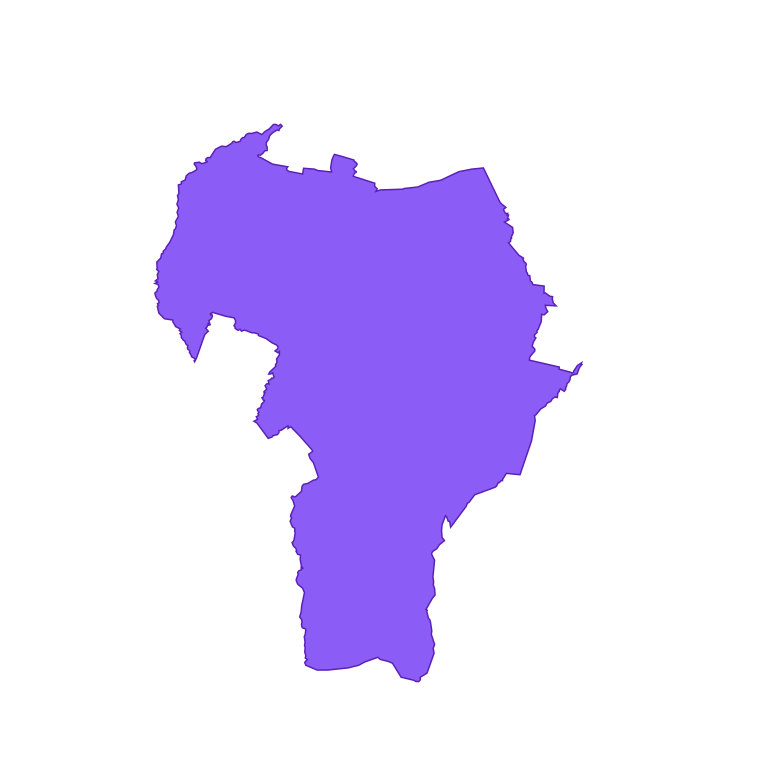 outline of Yecapixtla, Morelos, Mexico, rotated 155°
{"feature_id": "50627088B43090651805333", "entity_name": "Yecapixtla", "entity_type": "district", "adm_level": 2, "iso_a3": "MEX", "parent_name": "Mexico", "parent_adm1": "Morelos", "projection": "orthographic", "projection_center": [-98.86, 18.859], "detail": "fine", "context": "isolated", "style": "filled", "palette": "violet", "viewbox_px": 768, "rotation_deg": 155, "n_neighbors": 0, "source": "geoboundaries", "source_scale": "gbopen_adm2", "svg_char_len": 6170}
<svg xmlns="http://www.w3.org/2000/svg" viewBox="0 0 768 768"><g transform="rotate(155 384 384)"><path d="M492.4,111.0L482.3,103.0L480.8,100.9L478.3,99.6L476.0,100.6L475.1,102.9L467.2,103.8L452.4,118.8L451.1,123.7L448.2,126.6L446.9,137.2L445.1,139.9L442.5,148.5L442.1,150.9L442.7,153.0L441.3,160.0L440.4,160.7L441.4,161.8L431.1,169.1L426.9,171.2L424.6,177.2L424.3,180.8L422.5,184.1L421.3,188.3L412.6,203.0L412.8,209.1L412.2,210.6L410.5,211.7L405.8,212.4L401.8,214.9L395.4,216.5L396.2,220.5L393.7,227.1L390.8,231.9L384.0,238.6L383.4,236.9L383.8,232.6L382.8,232.0L382.8,230.7L384.1,226.1L361.2,238.4L358.9,240.7L356.9,240.8L348.6,245.3L326.9,243.5L325.2,243.9L322.0,246.4L321.2,245.9L318.4,246.9L317.4,246.4L316.7,247.5L310.9,251.3L299.1,244.3L274.6,269.8L262.5,286.8L260.9,291.8L259.0,292.0L252.7,295.1L246.9,295.8L244.3,297.7L240.1,297.8L237.7,299.4L234.7,300.0L232.6,298.5L230.5,302.0L229.2,303.1L228.4,303.1L227.2,304.7L226.2,305.0L223.7,301.2L221.5,302.4L221.0,304.1L219.8,304.5L217.9,307.1L215.8,307.6L213.6,309.3L212.2,311.6L210.2,312.6L204.8,311.5L199.9,316.3L196.3,318.1L197.1,319.1L196.7,319.2L196.1,319.7L200.9,319.0L206.7,315.5L207.7,314.3L208.8,314.3L209.9,315.8L219.1,323.5L218.0,325.3L242.2,344.2L240.3,347.0L233.4,350.2L232.6,351.7L233.7,355.8L231.0,358.8L226.9,361.6L227.7,362.7L226.9,364.9L223.4,366.1L223.1,367.5L221.1,368.5L215.1,374.1L211.7,380.5L209.7,379.0L205.0,380.4L205.2,383.9L204.6,387.2L195.0,382.1L196.3,385.9L195.6,389.8L194.3,391.9L196.6,393.5L199.4,398.5L200.6,398.7L197.5,405.1L207.1,411.2L206.8,413.4L207.7,415.6L206.1,420.7L207.3,421.2L207.7,422.1L207.2,423.7L207.5,425.6L205.8,431.1L204.6,431.9L204.3,433.3L205.3,435.6L205.4,438.2L204.4,439.1L207.3,443.6L211.5,459.3L209.0,459.8L208.2,461.4L206.6,462.4L206.9,463.1L203.0,466.4L201.3,471.6L206.4,479.8L201.3,480.1L201.1,480.8L202.4,481.6L199.7,484.5L201.1,485.3L199.8,486.3L201.7,487.2L202.1,489.7L201.8,491.8L198.9,492.5L201.4,497.5L202.1,500.5L202.6,537.8L213.8,541.7L226.5,544.8L246.6,544.7L257.8,547.8L270.1,548.3L283.2,552.7L284.6,552.6L305.2,561.4L310.0,562.0L307.7,563.8L308.9,567.1L307.5,569.9L324.1,585.2L323.0,586.5L321.1,587.6L319.8,587.6L319.4,588.4L320.4,589.5L320.8,592.0L316.7,593.5L315.4,594.7L315.8,596.8L316.9,598.3L316.6,599.7L325.9,608.0L331.8,613.0L333.0,612.3L336.6,609.0L341.0,602.5L341.9,598.3L353.9,605.5L356.3,608.2L365.7,613.5L369.0,608.7L380.5,617.0L381.6,619.1L381.2,620.5L379.4,621.5L392.1,630.4L399.8,641.0L401.7,642.8L401.9,644.4L400.9,644.7L399.5,643.6L396.5,644.2L393.5,645.7L391.2,645.0L389.6,648.5L389.9,649.8L388.6,652.6L385.2,654.5L382.7,657.4L378.6,658.8L373.2,659.4L372.2,658.1L370.7,659.5L367.3,660.7L368.0,663.0L370.7,662.6L372.3,665.0L374.6,665.9L380.2,663.7L385.2,663.1L389.3,661.7L392.8,666.1L398.1,667.0L400.5,668.3L403.3,668.4L406.4,666.5L408.0,667.0L410.2,666.3L411.9,664.7L416.0,665.4L417.2,667.3L418.6,667.5L420.4,666.5L426.8,665.8L430.6,668.2L437.5,668.0L446.0,662.6L447.8,663.7L449.9,663.5L451.2,661.9L450.3,660.4L450.8,660.0L455.5,660.6L456.9,661.5L457.4,663.0L462.3,664.5L463.0,663.5L462.4,660.6L462.6,658.5L463.5,657.3L468.7,656.8L471.4,657.4L475.3,656.2L478.0,652.9L482.3,652.9L482.8,651.4L483.7,650.9L486.2,651.4L489.4,643.2L491.5,642.1L492.5,637.9L495.7,634.5L495.7,630.3L499.0,627.0L499.5,622.8L504.1,619.5L504.8,618.4L505.1,615.3L507.4,612.8L509.1,612.3L511.5,608.6L518.1,603.1L523.4,600.1L524.8,598.7L527.9,597.7L529.0,595.8L530.7,595.9L533.1,592.5L538.4,590.5L540.6,584.9L541.7,583.8L540.5,581.2L543.3,578.9L544.4,574.9L547.6,574.1L546.2,573.0L546.0,572.0L549.1,572.0L546.6,569.5L547.2,566.8L549.4,565.6L551.0,563.7L552.7,563.6L553.4,562.8L553.9,559.8L553.8,557.2L553.0,555.6L553.2,553.6L553.5,552.7L555.3,552.6L555.4,550.5L556.6,550.2L558.1,543.4L555.4,535.9L548.5,531.3L549.0,529.5L548.6,524.1L545.3,519.9L546.9,519.0L545.4,516.5L547.5,516.0L547.2,513.7L548.0,511.9L547.3,508.3L546.5,507.5L546.5,503.3L545.4,501.6L546.8,500.2L547.1,498.1L546.2,497.2L546.2,495.8L547.0,494.9L546.5,491.0L547.0,490.2L544.4,486.5L544.5,485.8L546.2,485.5L546.2,484.2L542.8,486.9L527.0,503.1L525.0,504.8L520.9,506.1L522.1,509.9L520.4,510.4L519.3,511.7L517.3,511.3L518.0,513.0L517.0,513.1L516.4,512.2L516.0,515.4L512.8,516.1L510.9,517.8L510.6,519.7L511.9,519.9L511.8,521.0L509.1,521.4L499.1,512.5L491.9,507.3L491.7,504.6L492.7,502.1L495.3,500.2L494.9,498.4L495.4,497.6L494.8,496.1L493.5,494.3L491.4,494.5L490.8,492.1L487.6,491.8L481.8,486.0L479.7,485.1L476.9,482.5L477.3,481.0L471.8,475.2L467.9,468.4L464.9,464.8L464.2,462.1L465.6,460.9L468.8,460.0L466.8,457.0L465.1,457.6L466.5,454.6L470.8,452.1L471.8,448.9L474.3,447.2L474.7,445.7L482.6,443.1L484.3,441.7L482.0,440.9L480.2,441.2L480.8,436.5L482.6,436.2L483.3,436.8L485.3,435.9L487.5,436.1L488.2,432.6L489.8,433.8L492.5,432.7L492.4,429.0L496.1,427.7L496.3,427.1L495.6,427.2L495.4,426.6L499.5,423.0L500.4,423.1L500.1,420.2L499.3,419.6L500.4,418.6L503.3,417.7L505.8,414.6L508.4,414.9L509.8,414.2L509.4,411.2L510.7,410.6L511.0,408.4L513.6,408.3L513.5,405.4L517.6,405.2L515.6,402.1L511.9,383.6L507.7,383.3L506.7,384.1L501.9,383.2L499.8,384.3L498.8,386.1L496.9,385.5L489.3,386.6L488.7,386.6L489.7,384.3L487.9,384.7L486.4,384.3L482.0,371.6L477.1,354.7L477.1,353.1L481.9,352.2L482.2,350.7L482.4,347.3L481.2,342.6L482.8,327.2L486.2,326.0L488.6,326.7L495.0,326.1L499.3,327.1L501.5,325.9L504.1,321.7L511.6,319.3L512.9,319.5L514.0,321.0L515.0,321.2L516.1,320.3L515.8,316.4L516.5,311.2L523.9,304.7L524.7,303.1L524.2,302.2L524.6,301.5L527.1,299.2L527.4,293.2L525.8,290.9L527.2,288.3L527.3,286.7L531.2,281.1L532.6,279.6L534.3,279.2L534.6,275.4L533.3,272.3L533.8,269.3L534.4,269.4L534.2,266.1L531.9,264.3L534.1,260.5L535.8,253.8L535.3,251.4L536.7,251.1L536.9,251.9L537.4,250.7L540.4,250.6L541.9,249.6L542.3,247.7L546.1,244.0L546.7,242.5L546.8,239.0L544.1,233.4L544.2,228.6L552.3,217.8L555.5,212.3L558.9,208.5L558.2,205.1L559.2,202.4L560.5,200.9L561.1,197.7L558.6,195.1L558.9,194.0L561.4,190.1L563.0,188.8L564.7,183.2L566.5,180.7L566.9,178.3L569.1,174.6L569.7,170.6L571.2,169.0L570.0,166.7L573.4,165.3L573.6,164.3L573.7,162.1L565.5,153.0L555.8,148.5L536.6,141.9L525.7,139.8L518.7,140.2L505.1,138.9L503.8,136.0L497.1,130.5L494.3,127.3L492.4,111.0Z" fill="#8b5cf6" stroke="#5b21b6" stroke-width="1.5"/></g></svg>